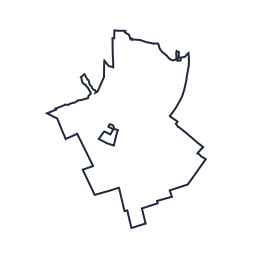 Vinga, Arad, Romania, rotated 257°
{"feature_id": "2599482B39713020379937", "entity_name": "Vinga", "entity_type": "district", "adm_level": 2, "iso_a3": "ROU", "parent_name": "Romania", "parent_adm1": "Arad", "projection": "orthographic", "projection_center": [21.198, 46.036], "detail": "fine", "context": "isolated", "style": "outline", "palette": "slate", "viewbox_px": 256, "rotation_deg": 257, "n_neighbors": 0, "source": "geoboundaries", "source_scale": "gbopen_adm2", "svg_char_len": 5000}
<svg xmlns="http://www.w3.org/2000/svg" viewBox="0 0 256 256"><g transform="rotate(257 128 128)"><path d="M90.4,193.7L90.7,194.0L91.4,194.8L91.5,194.9L91.5,195.2L91.5,195.4L91.5,195.7L91.5,195.8L91.5,196.0L91.8,196.2L92.5,196.9L93.6,196.0L94.9,195.0L96.1,194.0L97.3,193.0L98.8,191.9L100.6,190.6L102.0,189.6L103.2,188.7L104.2,188.0L105.6,186.9L106.1,186.5L106.9,185.9L107.6,185.3L108.9,184.4L110.4,183.3L111.9,182.2L112.0,182.1L112.2,181.9L112.4,181.7L112.5,181.6L112.9,181.3L113.7,180.8L114.2,180.4L115.7,179.1L117.4,177.8L117.5,177.3L117.6,177.1L118.0,176.9L118.7,176.7L120.1,176.2L121.3,175.5L122.1,176.6L123.0,177.7L123.5,177.3L124.8,176.2L127.4,173.8L129.1,172.3L129.8,171.6L130.4,171.5L130.5,171.7L131.1,172.4L132.1,173.6L133.1,174.9L134.1,176.1L135.2,177.4L136.2,178.4L137.4,179.6L139.2,181.3L140.4,182.5L141.4,183.3L142.4,184.2L144.1,185.7L145.8,187.1L146.8,188.0L148.2,188.8L151.9,190.9L153.4,191.8L153.9,192.0L156.4,193.2L158.0,194.0L160.2,195.0L161.7,195.8L162.8,196.1L164.6,196.8L165.5,197.1L167.1,197.8L169.2,198.7L171.1,199.5L173.8,200.7L175.2,201.3L175.3,201.4L175.7,201.4L177.2,201.8L179.2,202.4L180.6,202.6L183.1,203.1L184.1,203.4L187.1,203.5L187.3,203.6L187.2,203.3L186.7,202.4L186.3,201.8L185.2,200.4L184.6,199.6L184.5,199.1L184.6,197.9L184.6,196.8L184.7,196.0L184.7,195.6L184.6,195.4L184.2,195.3L183.7,195.1L183.1,194.9L182.5,194.7L182.1,194.5L181.9,194.2L182.0,193.5L182.0,193.1L182.2,192.6L182.5,191.6L182.5,191.3L182.8,191.2L183.1,191.2L183.5,191.5L183.9,191.8L184.3,192.0L184.7,192.3L184.9,192.7L185.0,192.9L184.9,193.4L185.0,193.6L185.3,193.8L185.7,193.9L186.0,193.7L186.3,193.5L186.8,193.5L187.7,193.8L188.5,194.1L189.3,194.4L189.7,194.5L190.3,194.7L190.7,194.6L190.8,194.3L191.0,193.9L191.0,193.6L191.3,193.2L191.9,192.8L192.1,192.7L191.9,192.4L191.4,192.3L190.8,192.2L190.1,191.9L189.5,191.6L188.8,191.5L188.1,191.6L187.5,191.4L187.1,191.4L186.6,191.2L186.1,191.0L185.5,191.0L184.8,190.8L184.5,190.6L184.1,190.1L183.9,189.4L183.8,188.7L183.8,187.9L183.9,187.1L184.0,186.5L184.2,186.0L184.6,185.5L185.1,185.0L185.6,184.5L186.0,184.2L186.7,183.6L187.7,183.0L188.4,182.7L189.2,182.3L190.2,181.7L190.7,181.3L191.8,180.6L193.1,179.5L194.3,178.5L194.8,178.2L196.8,177.2L198.5,176.8L199.4,176.5L200.5,176.7L201.4,176.7L202.1,176.5L203.3,176.3L203.6,176.1L203.6,175.9L203.9,174.8L204.3,172.8L204.3,172.6L204.5,171.9L204.6,171.7L205.2,170.4L206.1,168.5L206.4,167.9L206.5,167.5L206.9,166.6L207.3,165.6L208.6,163.5L210.0,161.2L210.7,160.1L210.8,160.0L211.2,158.9L211.9,156.7L212.4,155.3L212.9,153.5L213.0,152.9L213.1,152.4L213.0,152.1L213.7,152.2L214.1,152.1L214.3,152.0L214.4,151.9L214.4,151.5L214.4,151.3L214.4,151.2L214.4,150.9L214.4,150.6L214.2,150.3L215.6,150.2L217.9,150.0L218.8,149.8L219.1,149.5L219.5,149.0L221.8,146.5L223.3,147.2L223.5,146.5L224.0,144.6L224.7,141.1L226.2,136.7L218.6,134.7L219.0,133.1L216.2,132.5L210.7,131.3L205.2,130.1L195.2,128.3L190.4,127.2L191.2,126.2L191.6,125.6L191.9,124.1L192.4,123.6L193.0,123.1L194.2,122.5L198.9,120.1L198.7,120.0L197.3,119.6L191.7,118.2L183.8,116.2L183.4,116.2L182.8,116.0L182.2,115.4L170.7,106.8L170.2,106.0L169.8,104.5L170.3,104.9L171.8,104.6L172.3,104.3L173.1,103.1L174.0,102.4L175.2,102.0L176.4,101.8L177.1,101.5L178.3,100.7L179.9,100.4L181.5,100.4L182.8,100.3L183.8,100.1L184.3,99.4L190.2,97.7L189.1,95.4L188.2,93.7L188.1,93.8L187.6,93.9L186.0,93.8L185.1,93.7L183.9,93.8L182.3,94.0L182.1,94.0L180.8,94.9L179.9,96.1L179.0,96.3L176.2,98.0L171.2,99.4L169.9,99.6L168.0,96.6L166.1,95.8L166.0,94.3L165.8,88.3L166.2,85.0L165.2,83.7L164.7,81.1L164.8,80.5L164.9,79.3L164.7,77.3L164.0,75.0L164.3,74.0L165.0,71.9L164.6,71.3L163.6,64.9L163.2,61.9L163.2,61.7L162.1,62.1L161.0,55.2L160.6,52.4L158.2,55.1L155.9,57.8L155.5,58.3L153.3,61.1L148.6,61.9L148.2,62.0L145.4,62.4L143.0,62.8L142.0,63.0L140.8,63.1L138.5,63.5L137.3,63.7L136.6,63.9L135.1,64.2L132.6,64.6L131.3,64.8L131.4,65.0L131.8,66.9L132.2,69.1L132.6,71.4L133.1,73.9L133.8,77.2L99.0,85.4L98.7,85.4L97.6,74.5L70.3,80.5L70.9,92.3L71.1,97.0L71.9,105.6L71.6,105.8L71.3,105.8L69.9,105.8L47.9,105.9L47.8,108.8L29.8,108.8L30.9,122.6L30.9,123.7L35.7,123.6L40.1,123.5L40.4,123.5L42.4,123.5L46.5,123.4L46.8,127.0L47.2,131.5L47.6,135.5L47.8,137.9L48.0,140.0L48.5,140.0L50.0,139.9L50.4,139.9L50.6,144.4L50.8,148.1L51.1,155.3L54.8,154.9L57.8,154.6L58.2,159.0L58.6,163.6L59.0,167.5L59.5,173.5L59.9,173.9L62.8,177.2L64.3,179.0L65.6,180.4L69.4,184.7L70.2,185.6L73.4,189.1L80.1,196.8L83.7,193.1L84.1,192.7L84.4,192.6L84.8,192.4L85.1,192.2L85.5,192.0L85.8,191.8L86.1,191.6L86.5,191.3L87.1,190.7L87.5,190.0L87.6,189.9L88.4,190.8L88.6,190.9L88.9,191.7L89.0,191.9L90.4,193.7ZM125.7,109.4L130.1,113.4L131.8,111.3L133.6,109.2L134.7,110.0L135.8,110.9L135.3,111.8L134.2,113.8L133.8,114.0L132.5,114.3L130.1,114.5L128.2,117.7L126.6,116.6L125.0,115.7L122.3,114.3L119.3,112.8L115.0,110.7L114.1,110.3L115.1,108.6L116.4,106.4L117.5,104.7L118.2,103.7L119.6,102.0L121.6,99.7L123.3,97.7L123.9,97.0L124.2,97.4L128.9,102.8L129.9,104.1L129.1,105.2L125.7,109.4Z" fill="none" stroke="#1e293b" stroke-width="2"/></g></svg>